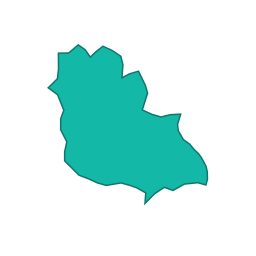 Peristerona Lefkosias, Nicosia, Cyprus (Mercator projection), rotated 115°
{"feature_id": "46923920B8604631977543", "entity_name": "Peristerona Lefkosias", "entity_type": "district", "adm_level": 2, "iso_a3": "CYP", "parent_name": "Cyprus", "parent_adm1": "Nicosia", "projection": "mercator", "projection_center": [33.074, 35.132], "detail": "fine", "context": "isolated", "style": "filled", "palette": "teal", "viewbox_px": 256, "rotation_deg": 115, "n_neighbors": 0, "source": "geoboundaries", "source_scale": "gbopen_adm2", "svg_char_len": 804}
<svg xmlns="http://www.w3.org/2000/svg" viewBox="0 0 256 256"><g transform="rotate(115 128 128)"><path d="M189.2,80.7L176.3,76.1L166.4,70.0L165.6,60.8L155.0,53.2L148.1,41.7L146.7,33.3L140.9,34.3L134.1,37.7L129.7,41.1L123.9,48.9L121.4,53.3L119.5,59.2L116.6,65.1L115.1,72.9L109.3,81.2L103.9,84.6L93.2,86.1L98.0,95.2L104.1,102.8L105.6,112.7L105.6,122.7L88.1,125.0L82.0,130.3L72.1,142.5L78.2,149.4L85.1,154.7L72.9,159.3L66.1,164.7L64.5,174.6L64.5,185.3L72.1,189.1L79.7,192.1L75.2,199.8L73.7,208.2L85.1,213.5L89.6,222.7L104.1,215.8L113.2,212.8L125.3,217.3L127.6,205.9L139.0,193.7L148.1,192.9L158.0,188.3L166.4,177.6L176.3,175.4L184.6,171.5L191.5,152.4L190.7,141.8L190.7,132.6L189.2,123.4L180.8,111.2L179.3,102.8L178.5,95.2L179.3,84.5L189.2,80.7Z" fill="#14b8a6" stroke="#0f766e" stroke-width="1.5"/></g></svg>